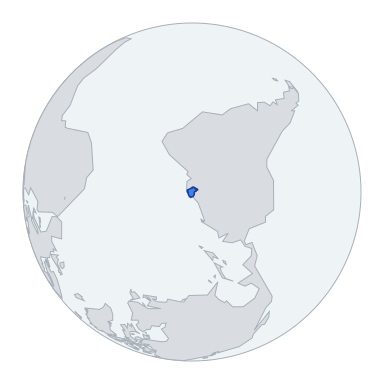 the Earth from above Guyane française, rotated 212°
{"feature_id": "FRA-2000", "entity_name": "Guyane française", "entity_type": "Overseas department", "adm_level": 1, "iso_a3": "FRA", "parent_name": "France", "parent_adm1": "", "projection": "orthographic", "projection_center": [-53.325, 3.928], "detail": "fine", "context": "on_globe", "style": "filled", "palette": "blue", "viewbox_px": 384, "rotation_deg": 212, "n_neighbors": 0, "source": "natural_earth", "source_scale": "10m", "svg_char_len": 9579}
<svg xmlns="http://www.w3.org/2000/svg" viewBox="0 0 384 384"><g transform="rotate(212 192 192)"><circle cx="192" cy="192" r="169" fill="#eef3f6" stroke="#a8b0b8"/><path d="M138.8,31.6L131.6,35.2L137.5,34.1L138.4,38.9L141.7,37.4L144.2,39.0L148.9,38.1L147.7,39.8L152.5,37.7L152.7,36.4L154.8,35.2L157.6,34.7L156.6,36.5L155.0,37.0L156.2,37.3L154.5,38.6L156.9,37.7L155.4,40.3L161.0,37.1L163.2,38.7L161.1,40.7L155.9,41.2L138.2,49.0L134.4,52.1L134.3,55.4L145.3,59.5L143.3,63.0L144.6,67.1L148.1,64.5L148.4,60.5L155.3,57.2L154.7,53.2L157.5,51.5L159.1,47.6L164.6,47.6L169.1,49.9L168.0,53.3L170.0,54.6L175.7,51.1L178.2,58.0L187.7,63.8L187.7,66.0L179.4,69.8L167.6,69.7L156.7,76.6L169.6,71.7L169.4,78.1L171.8,79.2L175.2,79.0L177.6,76.5L178.7,78.9L166.5,84.1L165.2,82.0L169.1,80.2L163.5,80.4L155.3,84.9L155.8,88.3L142.7,93.1L143.0,95.7L140.3,98.6L140.8,93.8L139.6,102.7L124.3,112.8L122.5,129.5L117.9,116.5L112.5,115.1L105.6,115.4L105.1,118.0L96.7,116.1L87.7,121.9L82.5,135.3L83.8,145.7L93.4,146.1L97.2,140.2L104.7,139.1L97.4,154.9L110.3,157.3L107.9,169.3L111.4,175.7L118.3,174.1L125.4,177.2L131.0,170.2L139.8,166.4L139.4,176.3L144.8,167.3L149.4,172.1L167.3,171.9L165.8,174.1L180.8,185.9L197.9,191.2L201.9,198.4L199.7,202.9L205.9,204.2L206.0,207.2L231.0,211.7L244.2,219.0L244.1,229.2L233.6,241.0L225.6,265.5L207.2,273.4L203.5,283.0L190.8,296.8L179.5,295.6L183.8,302.5L178.4,306.4L171.4,306.6L171.1,311.3L166.0,311.3L170.1,314.4L163.4,320.2L167.3,325.1L162.9,329.5L165.6,332.3L163.3,332.2L161.3,333.1L161.7,334.6L153.9,331.9L149.7,325.7L151.0,322.5L148.0,321.9L150.6,313.7L147.9,315.3L145.4,302.5L147.7,291.7L145.9,259.4L141.8,252.8L129.0,245.0L113.3,220.2L116.8,210.2L113.7,205.4L124.0,191.2L121.7,178.0L118.2,176.1L114.4,181.0L103.0,172.6L99.7,162.5L68.8,146.1L66.6,141.2L68.1,133.2L65.9,107.9L63.1,131.6L60.7,126.9L60.3,118.4L62.4,116.4L64.7,104.3L63.7,99.9L70.1,85.8L85.3,68.8L84.4,71.3L88.2,67.4L89.4,64.3L89.4,63.3L103.9,49.8L110.0,44.4L107.6,45.6L122.9,37.8L138.8,31.6ZM120.7,135.3L135.6,143.7L126.3,144.7L128.2,143.1L124.6,139.7L117.7,136.5L109.7,138.3L120.7,135.3ZM129.4,126.0L126.7,125.3L129.4,125.3L129.4,126.0ZM88.8,63.3L89.1,64.5L86.7,68.3L86.0,67.4L88.8,63.3ZM93.9,57.1L95.0,56.8L90.7,60.3L91.4,59.4L93.9,57.1ZM156.0,48.0L157.5,47.8L156.4,48.6L156.0,48.0ZM155.2,46.6L152.9,47.6L152.1,47.2L153.6,46.5L155.2,46.6ZM158.3,45.4L151.2,46.2L150.0,45.4L154.6,42.3L158.3,45.4ZM151.5,36.2L151.4,37.6L148.9,37.0L151.5,36.2ZM149.3,36.2L138.5,37.2L140.0,35.4L143.3,35.2L143.1,33.6L149.2,32.1L150.7,32.7L148.5,34.1L152.5,32.6L149.3,36.2ZM155.5,34.6L153.1,34.9L154.3,33.2L159.1,32.5L157.2,33.2L155.5,34.6ZM140.1,34.0L141.8,32.9L147.2,31.3L148.6,30.7L149.5,31.9L140.1,34.0ZM158.4,33.3L161.6,32.2L163.6,32.6L157.8,34.4L158.4,33.3ZM152.5,33.1L153.3,32.4L154.4,32.5L152.5,33.1ZM172.6,34.1L169.7,34.0L170.1,33.1L172.6,34.1ZM162.6,31.8L161.9,31.7L161.8,31.4L164.2,30.8L162.6,31.8ZM153.2,30.9L155.1,30.6L153.1,30.3L157.1,29.4L157.0,30.5L158.7,29.6L159.9,29.4L158.4,30.6L153.2,30.9ZM166.2,29.5L167.4,31.1L172.6,31.2L172.4,31.9L164.1,31.7L166.2,29.5ZM161.8,30.0L164.5,29.8L162.9,30.7L160.1,31.3L161.8,30.0ZM159.8,28.5L153.8,29.6L154.0,29.3L159.8,28.5ZM168.0,29.3L167.7,29.0L168.6,29.2L168.0,29.3ZM162.7,28.5L160.5,28.8L160.8,28.5L162.7,28.5ZM168.8,28.2L169.2,28.6L167.3,29.0L168.8,28.2ZM166.3,28.2L167.2,27.7L166.4,28.9L165.2,28.3L166.3,28.2ZM163.3,28.1L162.8,28.1L164.2,28.0L163.3,28.1ZM175.8,26.8L175.2,28.2L171.0,28.9L172.2,27.4L175.8,26.8ZM167.6,337.4L154.9,332.8L161.7,335.0L164.9,332.7L172.2,336.1L167.6,337.4ZM177.7,331.6L182.3,330.4L183.9,331.2L181.0,332.2L177.7,331.6ZM314.8,75.9L311.0,72.3L306.6,67.9L308.7,70.4L311.2,72.6L312.7,74.5L310.5,72.7L309.0,71.1L307.5,70.4L314.9,79.3L318.2,82.5L317.1,85.2L322.5,91.0L323.8,94.2L315.1,85.7L312.5,82.4L300.1,74.5L302.8,78.1L314.7,86.0L313.0,85.6L316.7,91.5L312.5,86.8L298.9,78.0L294.8,81.6L297.6,97.1L293.6,99.3L286.6,97.5L277.7,83.1L287.7,80.0L284.6,75.6L275.8,70.4L279.6,70.2L277.3,68.0L280.4,66.9L278.1,60.9L280.2,59.7L272.9,53.4L273.0,52.2L277.3,56.1L281.4,58.6L286.0,56.9L285.0,55.4L279.9,51.6L281.8,52.0L276.2,48.6L275.7,46.7L271.7,46.5L265.6,42.9L261.7,40.0L259.0,39.0L265.2,43.9L268.4,45.9L272.2,47.7L280.1,54.4L279.9,56.0L268.9,49.4L267.5,51.2L259.6,46.1L247.6,35.0L245.9,33.0L256.6,36.0L260.7,37.9L258.9,37.5L266.5,40.7L263.0,39.0L264.6,39.6L259.1,37.0L260.0,37.3L253.3,34.6L253.7,34.7L255.3,35.4L266.4,40.3L277.0,46.0L287.2,52.4L297.0,59.6L306.2,67.4L314.8,75.9ZM347.3,125.5L341.0,113.1L339.2,109.7L339.0,109.3L338.6,108.7L341.5,114.3L338.1,108.8L348.7,128.8L352.1,138.0L352.5,139.3L356.0,151.2L358.5,163.3L360.2,175.5L360.9,187.8L360.8,200.1L359.7,212.4L357.8,224.6L355.0,236.6L351.3,248.4L350.9,249.4L348.8,255.0L345.7,262.1L343.8,265.9L340.4,272.7L335.6,280.3L329.6,287.9L324.8,289.6L328.4,283.6L332.0,272.5L338.7,245.1L344.1,231.6L345.3,221.6L341.3,200.7L342.5,188.2L340.4,183.4L336.8,185.4L333.9,179.7L331.3,180.1L311.9,187.3L303.4,180.5L287.4,158.2L289.0,148.4L284.9,137.8L292.9,99.9L299.6,100.8L311.5,93.9L313.9,94.8L317.9,102.5L331.1,110.1L329.0,103.1L335.7,106.9L336.7,105.8L327.5,91.5L325.9,92.8L320.3,86.5L317.3,79.6L318.0,79.4L326.7,90.0L334.5,101.3L341.4,113.2L347.3,125.5ZM296.0,117.9L297.2,121.0L296.0,117.9ZM167.9,171.8L170.0,173.7L167.1,173.7L167.9,171.8ZM124.5,148.6L127.9,148.9L129.5,150.4L126.8,150.8L124.5,148.6ZM153.9,149.1L157.9,150.0L153.5,150.8L153.9,149.1ZM138.0,144.8L150.6,148.8L142.0,151.5L134.2,149.2L139.9,148.4L138.0,144.8ZM126.9,131.4L128.9,132.1L128.0,133.9L126.9,131.4ZM131.3,126.0L130.5,126.2L129.7,124.8L131.3,126.0ZM170.1,77.8L171.1,77.5L174.4,77.7L172.5,78.7L170.1,77.8ZM191.1,73.4L192.5,77.4L190.2,75.0L187.8,76.9L180.0,74.6L187.3,67.0L185.4,70.7L191.1,73.4ZM171.5,70.3L175.7,72.1L170.9,70.4L171.5,70.3ZM261.2,58.3L264.4,59.2L266.5,61.8L263.7,64.7L260.7,60.8L261.2,58.3ZM268.5,60.0L258.4,53.5L259.7,51.9L260.7,53.8L262.6,53.4L264.6,56.4L275.8,61.9L278.3,64.6L271.9,67.6L272.6,64.9L269.4,63.9L268.5,60.0ZM230.2,44.2L225.8,42.7L234.3,41.1L237.4,42.8L234.9,45.4L229.7,44.9L230.2,44.2ZM167.8,40.5L165.6,40.8L165.9,40.2L168.0,39.4L167.8,40.5ZM171.2,34.1L177.8,38.4L175.6,39.0L182.2,41.5L178.9,44.0L174.8,42.2L177.1,46.4L172.1,45.8L174.3,48.6L165.5,44.2L161.1,44.3L167.3,43.2L170.4,40.7L170.4,39.7L167.2,37.0L159.2,36.4L161.1,34.3L164.5,33.0L166.7,32.8L164.8,34.1L169.1,33.0L168.0,34.8L171.2,34.1ZM203.5,26.0L200.4,26.5L208.8,26.7L207.8,27.6L208.9,27.5L210.2,28.6L213.7,29.9L212.5,30.3L214.4,30.7L215.4,31.6L217.5,32.3L216.1,33.4L218.6,34.6L216.5,34.5L221.3,36.2L217.1,35.5L217.9,36.9L221.6,36.8L208.4,43.3L206.1,47.5L206.5,51.6L199.3,50.4L194.2,46.1L191.3,41.1L194.5,37.6L190.6,38.0L191.0,36.6L193.9,36.9L189.7,35.6L190.8,34.6L188.1,31.7L181.3,31.1L180.2,30.2L183.4,30.0L180.0,29.3L185.3,28.4L184.6,27.9L189.2,26.7L195.7,26.9L194.5,26.3L197.9,25.7L203.5,26.0ZM177.2,26.4L185.4,25.9L188.8,26.3L179.5,28.3L179.4,28.9L173.5,30.8L168.7,30.3L170.8,29.8L171.7,29.2L172.9,29.5L172.6,28.8L175.6,28.2L176.2,27.5L178.6,27.5L177.2,26.4ZM313.3,91.6L314.6,91.7L315.8,91.0L318.1,94.9L313.3,91.6ZM304.1,85.7L304.8,85.0L308.7,89.6L307.4,89.8L304.1,85.7ZM301.8,80.9L304.5,84.6L302.3,82.7L301.8,80.9ZM277.6,55.4L277.9,54.7L279.2,55.6L280.6,57.0L277.6,55.4ZM228.3,28.8L226.0,28.5L225.3,28.2L219.2,27.1L219.5,26.6L223.2,27.1L228.3,28.8ZM329.2,94.0L330.8,97.0L329.8,95.8L329.5,95.0L329.2,94.0ZM325.7,95.7L328.1,97.0L326.3,96.8L325.7,95.7ZM227.6,28.1L225.1,27.6L226.8,27.7L227.6,28.1ZM219.4,26.3L220.8,26.3L218.8,26.5L219.4,26.3ZM218.4,25.2L220.8,25.6L219.3,25.4L218.4,25.2Z" fill="#d9dde1" stroke="#a8b0b8" stroke-width="1"/><path d="M189.4,194.4L189.5,194.2L189.7,193.9L189.8,193.8L189.8,193.7L190.0,193.5L190.0,193.4L190.0,193.2L190.0,192.9L189.9,192.8L189.8,192.7L189.7,192.5L189.6,192.4L189.4,192.3L189.4,192.2L189.2,192.0L189.2,191.9L189.0,191.7L189.0,191.4L188.9,191.3L188.8,191.2L188.8,190.9L188.7,190.7L188.7,190.4L188.8,190.2L188.7,189.9L188.7,189.7L188.6,189.2L188.7,188.9L188.8,188.7L188.9,188.4L189.0,188.4L189.1,188.2L189.5,187.9L189.7,187.7L189.8,187.6L189.9,187.3L190.0,187.2L190.0,186.9L190.2,186.7L190.3,186.7L190.5,186.7L190.8,186.8L191.2,187.0L191.3,187.1L191.5,187.2L191.8,187.2L192.0,187.2L192.1,187.3L192.3,187.4L192.2,187.3L192.2,187.2L192.3,187.3L192.5,187.3L192.8,187.5L193.0,187.5L193.3,187.6L193.5,187.8L193.7,188.0L193.9,188.2L194.3,188.6L194.5,188.7L194.7,188.9L194.8,189.0L195.0,189.0L195.1,189.3L194.9,189.5L195.0,189.6L195.0,189.4L195.2,189.2L195.3,189.2L195.3,189.3L195.6,189.5L195.8,189.7L195.9,189.9L195.9,190.0L196.0,190.1L196.0,190.3L196.0,190.6L195.9,190.6L195.8,190.8L195.9,190.7L196.0,190.7L196.1,190.0L196.1,189.9L196.3,189.8L196.5,190.0L196.6,190.3L196.7,190.5L196.8,190.6L196.7,190.7L196.7,190.8L196.8,190.9L196.9,191.1L196.9,191.3L196.9,191.6L196.6,191.8L196.5,192.0L196.4,192.1L196.2,192.4L196.1,192.5L195.9,192.7L195.9,192.8L195.7,193.1L195.6,193.3L195.2,194.0L194.9,194.3L194.9,194.5L194.7,194.9L194.7,195.0L194.3,195.6L194.3,195.8L194.2,195.8L194.3,195.9L194.3,196.0L194.2,196.0L194.1,196.3L193.9,196.5L193.5,196.8L193.4,196.9L193.3,197.0L193.2,197.1L192.9,197.1L192.7,197.1L192.2,197.1L192.3,197.0L192.3,196.9L192.1,196.8L192.0,196.7L191.9,196.7L191.8,196.8L191.7,196.8L191.4,197.0L191.3,196.9L191.2,196.9L190.9,196.8L190.8,196.7L190.7,196.6L190.5,196.8L190.4,196.8L190.2,196.9L190.2,197.0L189.9,197.2L189.7,197.3L189.5,197.2L189.4,197.2L189.2,197.2L188.9,197.1L188.7,197.1L188.4,196.9L188.5,196.8L188.4,196.8L188.3,196.7L188.2,196.7L188.3,196.7L188.5,196.7L188.6,196.4L188.8,196.4L189.0,196.2L189.1,195.9L189.2,195.7L189.4,195.4L189.5,195.2L189.4,195.1L189.5,195.1L189.5,194.9L189.5,194.7L189.5,194.4L189.4,194.4Z" fill="#3b82f6" stroke="#1e3a8a" stroke-width="1.5"/></g></svg>